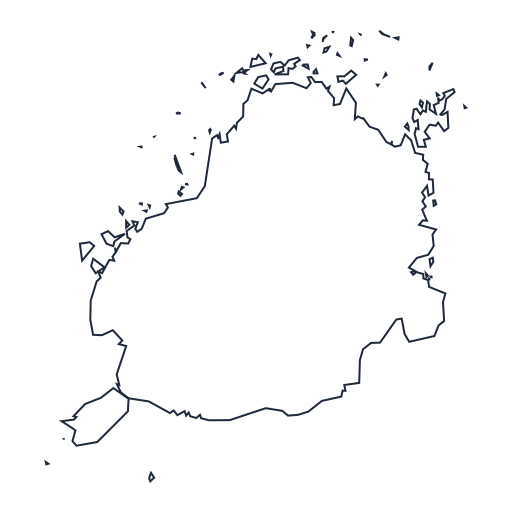 Bohol, Bohol, Philippines
{"feature_id": "2640588B19040020708567", "entity_name": "Bohol", "entity_type": "district", "adm_level": 2, "iso_a3": "PHL", "parent_name": "Philippines", "parent_adm1": "Bohol", "projection": "equal_earth", "projection_center": [124.147, 9.869], "detail": "fine", "context": "isolated", "style": "outline", "palette": "slate", "viewbox_px": 512, "rotation_deg": 0, "n_neighbors": 0, "source": "geoboundaries", "source_scale": "gbopen_adm2", "svg_char_len": 5946}
<svg xmlns="http://www.w3.org/2000/svg" viewBox="0 0 512 512"><path d="M369.5,126.7L363.3,118.2L363.1,118.2L362.8,118.5L362.0,118.4L357.9,116.4L354.8,119.1L355.9,102.8L346.3,88.5L340.0,104.0L333.6,105.2L334.1,98.2L328.0,90.9L329.5,86.7L326.4,88.7L321.7,81.9L315.1,82.1L311.3,77.0L307.9,77.2L310.8,83.1L306.5,88.2L292.7,82.8L275.4,84.1L271.2,91.3L269.4,88.0L269.8,91.7L268.7,89.3L262.6,93.4L251.4,88.7L247.6,100.2L243.4,103.9L243.1,116.6L236.9,122.8L236.0,128.7L234.2,125.7L226.8,134.3L228.0,141.5L220.8,142.7L219.6,134.1L218.1,137.7L217.0,135.2L212.1,138.5L204.8,186.2L196.8,198.2L165.9,204.1L167.9,207.5L164.1,213.2L145.8,218.7L141.6,228.9L137.2,231.8L135.3,228.9L137.8,222.2L132.5,221.3L134.4,225.5L126.6,231.0L127.5,237.4L130.4,239.2L128.2,243.5L120.8,243.1L116.1,251.6L114.9,247.7L115.7,252.2L112.5,256.8L114.2,260.7L109.3,259.9L102.1,273.1L98.4,271.7L100.6,277.8L96.7,281.3L90.7,300.6L90.3,319.7L93.1,334.8L101.9,335.2L112.8,330.2L122.3,340.5L118.8,344.1L126.2,346.0L116.7,374.4L119.3,385.1L116.9,384.2L120.9,392.4L128.7,398.3L148.7,401.4L170.1,413.1L173.6,410.4L177.4,415.2L184.6,411.1L186.1,415.7L188.7,412.5L190.2,416.2L196.3,418.0L200.0,414.8L201.1,418.2L209.1,420.3L229.8,420.1L265.7,408.2L282.3,410.8L288.0,415.6L297.8,414.9L308.4,411.6L321.8,400.9L341.3,396.6L342.6,390.6L345.4,390.8L344.3,385.0L359.2,382.9L359.9,360.1L363.0,349.2L371.2,342.9L380.0,342.7L396.3,319.5L401.7,318.6L404.6,334.0L409.2,341.8L434.4,336.0L438.6,325.4L444.1,321.0L443.0,302.0L445.4,293.5L429.1,286.9L428.1,280.1L423.4,278.4L423.3,274.0L416.3,272.1L413.2,274.8L411.1,272.2L415.2,271.1L408.9,267.6L416.9,257.9L428.2,254.8L433.7,246.0L432.5,234.5L436.1,229.5L419.1,224.8L422.8,220.3L426.9,220.7L422.2,209.7L425.8,206.5L422.4,201.3L425.1,197.3L422.0,192.6L427.0,185.9L428.6,195.5L433.5,192.8L432.7,179.5L428.9,179.3L429.1,173.0L425.5,171.8L427.7,163.8L422.9,159.9L423.2,154.7L415.1,152.9L411.2,140.4L405.1,134.3L400.7,145.3L394.8,146.7L391.4,144.4L392.2,141.1L390.5,144.1L386.3,141.9L378.3,129.8L369.5,126.7ZM113.4,388.1L100.9,397.8L85.1,404.0L73.5,416.2L76.4,417.0L73.9,419.6L61.6,421.2L75.4,430.2L72.5,441.2L76.5,445.7L97.3,442.0L127.9,411.3L128.6,398.8L113.4,388.1ZM453.3,89.1L443.3,93.1L444.8,95.9L442.4,99.1L439.6,100.6L438.0,97.6L438.6,102.9L433.7,105.1L436.0,113.8L429.6,109.5L429.9,103.9L427.0,101.4L425.8,111.8L422.9,110.5L420.4,114.2L416.5,108.7L413.8,109.5L412.5,118.1L414.2,122.0L417.7,120.0L418.5,129.2L416.0,128.2L414.6,134.1L418.1,146.8L425.8,146.8L423.8,139.8L429.6,138.4L424.7,131.8L429.6,124.7L435.8,125.7L438.1,122.6L444.1,131.2L448.4,127.8L447.5,111.8L442.8,114.7L441.4,115.0L440.4,114.4L444.6,109.4L446.2,98.9L454.6,92.1L453.3,89.1ZM297.8,57.7L288.8,60.2L284.7,65.5L280.4,61.9L273.6,63.4L271.0,69.3L273.8,72.3L275.4,68.5L283.0,66.6L283.4,71.0L274.7,74.4L288.1,74.3L288.5,68.1L292.6,68.9L295.6,66.4L294.1,63.9L299.9,60.0L297.8,57.7ZM89.6,242.2L79.9,243.7L82.1,260.6L94.2,245.9L89.6,242.2ZM101.5,234.2L106.5,243.7L113.3,246.2L114.4,241.5L125.0,233.8L114.6,237.3L108.1,231.1L101.5,234.2ZM93.2,258.7L91.1,266.1L95.7,273.2L104.4,267.3L93.2,258.7ZM351.2,70.6L344.4,76.3L337.4,76.4L338.4,81.8L342.8,80.6L345.8,83.8L356.2,74.8L351.2,70.6ZM258.3,54.9L256.3,59.1L252.2,58.7L250.4,66.9L265.7,63.3L258.3,54.9ZM266.2,75.4L258.2,77.1L254.3,83.6L262.4,88.6L268.6,79.4L266.2,75.4ZM151.0,472.8L149.1,478.1L150.3,481.3L154.1,477.7L151.0,472.8ZM432.8,257.7L429.5,259.2L430.5,266.3L433.3,261.8L432.8,257.7ZM242.1,68.3L236.5,72.9L244.5,72.0L242.1,68.3ZM307.7,64.5L303.5,64.6L302.7,65.5L308.6,68.7L307.7,64.5ZM329.3,46.8L324.6,48.3L323.5,52.5L326.4,51.6L329.3,46.8ZM181.2,172.4L174.7,154.8L175.8,159.4L174.4,157.8L176.4,165.1L178.7,170.5L181.2,172.4ZM351.0,37.7L350.3,45.4L351.7,46.1L353.2,40.1L351.0,37.7ZM129.3,224.8L126.1,221.1L126.2,227.7L129.3,224.8ZM407.2,123.5L404.9,126.7L408.7,130.0L408.5,126.5L407.2,123.5ZM436.3,204.2L434.9,200.3L433.2,200.5L433.7,205.8L436.3,204.2ZM420.5,100.5L419.5,104.0L421.9,107.4L423.0,102.7L420.5,100.5ZM316.0,69.2L313.5,72.0L313.6,73.4L317.5,73.3L316.0,69.2ZM233.4,81.6L234.4,75.8L231.2,79.7L233.4,81.6ZM119.6,207.5L119.8,211.5L122.4,214.6L123.6,211.5L119.6,207.5ZM182.1,194.0L178.8,191.4L178.1,193.7L180.4,195.7L182.1,194.0ZM205.7,88.1L201.9,82.9L201.3,82.5L205.7,88.1ZM429.4,70.5L432.6,62.8L429.5,66.4L429.4,70.5ZM398.6,37.3L395.0,37.9L398.3,39.5L398.6,37.3ZM339.5,55.9L337.5,53.2L337.0,54.9L339.5,55.9ZM48.3,463.7L45.8,462.0L46.3,464.3L48.3,463.7ZM379.2,30.7L382.3,34.1L390.2,36.9L384.2,34.6L379.2,30.7ZM427.9,275.6L425.9,273.3L426.5,277.0L427.9,275.6ZM181.1,189.4L183.4,187.4L181.8,186.8L181.1,189.4ZM384.3,76.7L386.6,74.9L385.7,73.3L384.3,76.7ZM438.9,95.2L436.7,93.4L437.0,95.9L438.9,95.2ZM322.6,41.9L323.6,38.7L327.2,35.3L323.3,38.0L322.6,41.9ZM466.2,107.7L464.3,106.0L464.7,108.2L466.2,107.7ZM209.8,132.6L210.8,129.9L210.3,129.0L209.1,130.2L209.8,132.6ZM311.9,31.7L313.0,34.4L314.2,34.4L314.5,33.0L311.9,31.7ZM309.3,45.6L307.1,45.1L307.6,47.2L309.3,45.6ZM315.3,34.5L312.4,35.9L311.4,38.3L315.3,34.5ZM367.8,59.5L364.6,59.3L364.8,60.6L367.8,59.5ZM146.8,210.4L144.4,210.7L146.3,211.8L146.8,210.4ZM149.7,207.3L150.2,205.5L148.6,205.0L149.7,207.3ZM141.8,204.5L141.9,203.4L139.0,203.4L141.8,204.5ZM378.5,84.7L377.0,84.7L377.7,85.8L378.5,84.7ZM247.6,70.0L245.7,70.1L245.9,71.2L247.6,70.0ZM180.7,113.5L178.0,112.5L176.1,113.5L180.7,113.5ZM187.1,183.8L185.2,184.1L187.4,184.5L187.1,183.8ZM431.5,276.6L429.5,276.4L431.5,277.2L431.5,276.6ZM223.6,72.7L220.7,73.5L218.9,74.9L221.1,74.5L223.6,72.7ZM331.8,31.9L333.0,32.3L333.2,31.9L331.8,31.9ZM196.0,138.2L193.8,137.5L195.1,138.3L196.0,138.2ZM430.2,279.7L428.9,278.7L428.8,279.2L430.2,279.7ZM193.2,153.6L192.0,154.0L193.1,154.5L193.2,153.6ZM271.3,54.3L270.3,53.9L270.7,55.6L271.3,54.3ZM141.5,146.5L140.1,146.7L141.5,147.3L141.5,146.5ZM361.7,34.9L360.3,34.4L360.6,34.8L361.7,34.9ZM244.0,72.9L242.8,73.3L244.9,73.6L244.0,72.9ZM153.7,136.9L153.5,137.5L154.1,136.8L153.7,136.9ZM63.6,438.1L63.6,438.3L63.7,439.6L63.8,438.9L63.6,438.1Z" fill="none" stroke="#1e293b" stroke-width="2"/></svg>